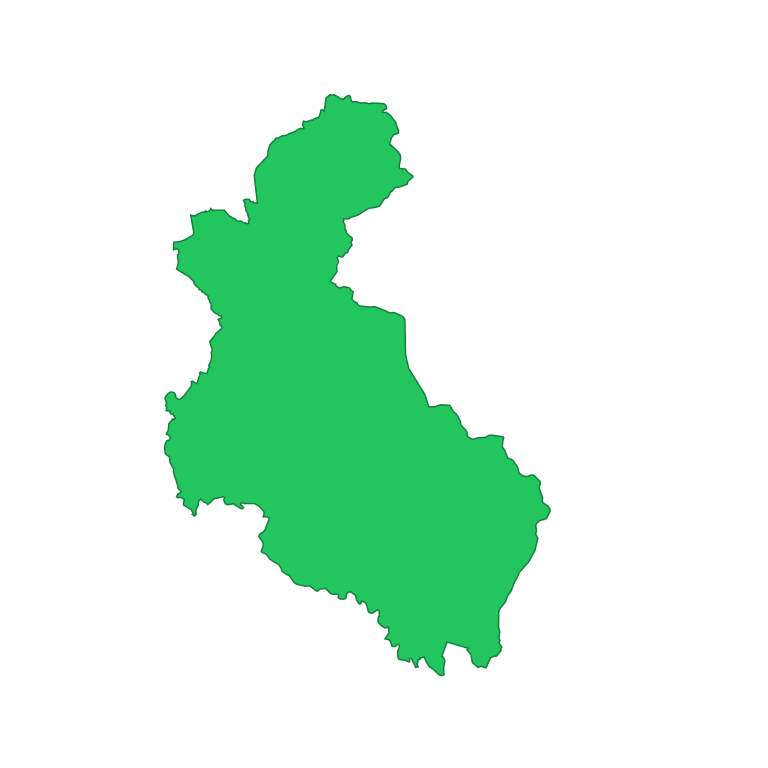 the district of San Diego la Mesa Tochimiltzingo, Puebla, Mexico, rotated 308°
{"feature_id": "50627088B84838795319332", "entity_name": "San Diego la Mesa Tochimiltzingo", "entity_type": "district", "adm_level": 2, "iso_a3": "MEX", "parent_name": "Mexico", "parent_adm1": "Puebla", "projection": "albers", "projection_center": [-98.329, 18.762], "detail": "fine", "context": "isolated", "style": "filled", "palette": "green", "viewbox_px": 768, "rotation_deg": 308, "n_neighbors": 0, "source": "geoboundaries", "source_scale": "gbopen_adm2", "svg_char_len": 6171}
<svg xmlns="http://www.w3.org/2000/svg" viewBox="0 0 768 768"><g transform="rotate(308 384 384)"><path d="M167.4,290.0L167.3,291.2L169.5,293.7L170.1,297.3L169.4,298.3L167.2,298.9L165.2,300.5L166.3,309.8L164.0,313.8L163.2,313.3L163.3,316.0L165.4,316.2L165.9,315.0L166.6,315.5L168.5,313.4L173.7,312.3L177.5,310.1L180.4,310.2L180.0,314.5L180.9,317.5L180.4,319.4L189.0,320.8L196.1,326.6L196.5,328.2L194.0,329.1L191.9,332.7L192.7,335.3L196.8,339.0L197.7,348.0L198.8,349.4L200.2,349.4L201.0,344.7L202.9,345.1L204.8,348.9L210.1,355.7L210.8,360.7L209.7,367.5L208.5,369.1L204.9,370.6L207.4,373.6L207.5,376.4L195.9,380.0L192.1,379.8L190.5,378.7L188.1,378.7L186.7,379.4L185.0,385.0L183.4,387.5L182.1,388.6L176.6,390.3L176.2,391.7L177.3,395.2L177.3,397.0L175.6,402.1L176.9,412.2L175.6,416.1L173.6,419.3L174.1,425.6L174.9,426.7L172.2,435.6L172.4,438.3L176.3,446.6L179.2,449.6L179.3,458.1L180.1,459.4L182.9,459.7L186.9,463.8L186.0,470.8L187.0,473.3L190.0,477.0L189.8,478.3L188.0,479.0L187.3,480.2L187.8,482.3L189.7,484.7L191.7,485.9L195.4,483.8L198.0,484.0L199.7,486.0L200.0,491.4L196.7,495.7L195.5,499.5L195.7,500.3L197.2,500.9L198.2,500.0L199.2,500.0L200.3,504.2L198.5,507.4L195.4,511.2L194.7,513.2L196.1,515.8L202.0,518.0L202.7,519.4L199.2,522.6L195.7,523.6L192.8,525.8L191.9,530.6L192.4,535.0L195.2,537.1L191.1,541.1L183.8,541.8L185.4,545.0L185.2,547.2L182.3,551.9L183.7,554.1L187.4,555.1L187.6,556.4L186.1,558.2L181.2,559.5L177.0,563.5L176.4,565.0L176.6,566.5L179.4,570.7L180.3,574.8L180.9,575.2L183.7,573.1L184.8,574.4L180.2,583.4L182.1,585.0L183.7,582.1L185.0,582.2L187.3,580.8L189.5,581.8L189.6,581.0L190.0,581.1L193.7,583.6L191.2,588.1L189.0,594.1L189.6,598.1L188.7,606.8L190.0,609.4L192.1,610.4L193.2,608.7L197.6,605.4L203.7,602.2L205.2,598.7L204.8,597.3L219.4,592.5L227.6,612.9L225.7,613.0L224.2,619.2L218.9,625.2L218.5,632.5L221.6,634.6L223.0,639.1L233.9,636.5L236.9,638.1L239.1,640.3L246.3,640.2L246.6,639.2L249.3,638.8L250.2,635.2L251.2,633.8L253.4,633.3L253.8,631.9L255.1,630.6L259.9,627.8L263.4,623.6L275.5,614.4L278.9,613.7L286.9,613.8L292.8,611.9L299.7,611.5L307.7,608.9L313.7,608.1L318.8,606.6L332.9,607.5L345.7,605.5L357.4,600.0L359.1,595.7L362.2,594.6L365.7,590.8L368.3,590.0L372.1,590.7L377.8,594.8L385.7,593.4L387.6,591.8L388.8,588.3L388.3,582.1L389.0,580.9L392.3,578.7L396.8,571.4L399.1,569.3L401.2,568.8L403.3,566.9L404.3,558.4L403.0,556.1L398.9,553.6L397.3,550.3L396.9,545.3L400.4,541.0L403.0,533.6L403.1,531.3L401.9,527.0L406.1,519.9L407.2,516.1L412.3,512.6L415.0,511.7L415.7,510.4L410.7,501.5L408.2,498.3L404.3,496.8L399.7,491.3L395.2,488.1L394.6,486.8L394.0,481.8L397.1,479.0L398.0,476.7L399.0,469.8L401.5,467.3L404.0,461.8L404.9,459.1L405.1,455.0L407.5,449.8L407.5,448.5L402.2,441.1L397.3,438.1L393.6,433.3L400.8,422.9L411.4,394.0L420.1,383.2L447.6,360.8L448.7,357.1L446.9,349.0L445.8,347.0L443.5,344.9L442.7,340.5L439.3,329.1L436.3,326.0L430.4,316.7L430.3,314.3L431.3,312.6L430.5,309.8L431.1,306.5L437.7,302.9L437.5,300.2L438.4,297.1L435.9,292.4L432.3,289.9L431.6,286.0L433.0,284.4L432.3,283.5L431.7,278.4L443.6,277.8L448.0,273.8L452.5,272.8L454.7,269.2L456.9,269.5L458.1,272.8L459.0,273.3L462.8,273.0L465.4,274.3L468.2,273.3L473.8,273.3L475.2,270.7L477.8,270.5L479.6,268.8L479.3,264.8L480.2,260.8L481.6,259.6L482.3,257.6L485.4,255.1L486.8,251.9L488.4,251.5L489.5,250.2L491.7,254.0L495.1,255.5L501.4,259.6L512.6,263.5L518.4,268.9L521.6,271.0L529.8,270.3L531.8,270.9L532.7,272.1L537.2,271.6L538.4,270.9L541.4,271.7L545.4,271.8L548.9,275.0L555.6,279.2L558.6,278.1L564.8,279.4L565.7,278.9L565.4,272.2L566.6,268.6L563.6,263.8L564.5,262.1L572.5,257.9L574.6,255.6L575.6,252.3L576.7,240.7L582.4,238.3L586.9,238.2L590.4,241.0L592.9,239.3L593.8,237.1L597.3,232.3L599.6,223.6L599.4,218.7L597.6,216.2L597.4,215.1L598.8,214.9L602.5,216.5L603.4,216.0L604.8,213.6L604.8,211.2L598.3,202.0L595.3,199.1L594.5,196.8L590.6,192.0L590.1,189.6L586.9,185.3L587.2,183.7L589.8,180.5L589.9,178.6L586.6,177.0L582.7,176.7L582.7,174.3L581.7,173.1L582.0,171.4L581.2,166.6L579.7,165.5L578.8,163.3L573.5,162.3L562.4,168.9L562.1,166.1L561.4,165.6L555.6,168.1L553.7,168.1L550.5,166.0L547.9,165.3L547.2,164.2L542.6,161.3L541.6,158.7L537.7,160.6L536.5,163.5L535.8,163.7L534.3,161.1L533.1,160.2L526.9,157.8L522.8,155.1L520.1,154.2L516.7,150.8L512.8,149.3L510.7,147.2L508.5,147.9L506.1,147.0L502.1,147.0L496.4,149.0L492.2,152.0L475.8,150.4L468.6,153.3L448.6,172.8L446.4,169.7L447.0,168.5L445.4,166.9L446.5,164.2L444.3,161.1L442.3,160.2L440.6,163.4L438.4,165.0L437.7,166.7L435.8,168.1L435.2,170.3L431.6,175.0L431.2,176.8L430.7,177.1L429.5,176.4L427.1,178.6L425.8,177.3L425.8,175.5L424.7,175.2L424.4,171.1L422.1,168.3L422.4,164.4L421.8,163.6L421.2,158.3L422.6,151.1L415.6,142.2L415.1,142.4L415.5,139.6L414.5,140.0L411.7,139.4L410.4,137.1L410.1,136.8L409.7,137.6L407.2,134.7L402.5,132.4L400.8,132.2L398.8,129.7L398.1,127.7L385.4,141.8L383.2,141.6L374.9,138.3L370.9,135.7L366.2,131.1L360.2,135.5L363.7,138.0L361.7,141.3L359.7,142.2L358.7,141.8L356.0,144.0L353.4,147.2L346.8,149.8L348.5,164.3L347.6,171.4L346.4,172.4L345.7,174.5L345.5,179.1L344.6,180.1L345.4,182.3L344.5,184.1L345.3,185.3L344.8,187.6L345.1,191.3L343.1,192.8L342.4,195.0L340.9,197.0L340.9,198.5L337.1,201.1L336.6,202.2L335.8,207.3L336.8,209.6L336.5,212.4L337.6,213.5L336.1,215.4L332.7,213.5L331.4,216.5L329.4,218.6L329.6,220.6L328.3,221.8L320.0,220.4L317.5,220.9L310.3,220.4L304.8,228.1L302.4,228.5L299.8,231.2L295.6,233.4L290.5,234.6L290.1,236.4L288.1,236.1L283.8,238.0L282.4,236.8L280.5,232.0L279.6,231.8L277.4,233.7L274.9,234.1L269.3,236.4L268.7,235.6L268.4,231.5L267.1,230.6L266.4,231.8L263.7,233.5L251.1,233.7L246.9,232.8L245.6,232.2L245.1,229.5L245.8,227.3L247.0,226.6L248.0,224.3L247.1,221.7L246.0,220.6L243.8,219.8L239.6,219.6L237.8,220.3L235.1,224.4L232.4,225.3L231.7,227.4L228.9,228.6L230.9,232.1L229.7,233.0L229.2,234.3L230.2,236.4L228.7,240.8L226.6,240.6L226.9,239.5L226.0,238.8L223.6,239.2L220.7,238.7L214.3,242.7L211.0,242.9L210.4,243.6L211.2,245.6L210.3,248.8L207.5,249.3L205.7,247.8L202.9,248.2L199.3,249.8L194.8,254.2L194.2,255.8L194.5,259.8L190.4,263.7L187.5,270.5L184.6,272.7L176.7,284.4L174.9,286.0L174.6,290.3L172.9,290.5L170.1,289.2L167.4,290.0Z" fill="#22c55e" stroke="#15803d" stroke-width="1.5"/></g></svg>